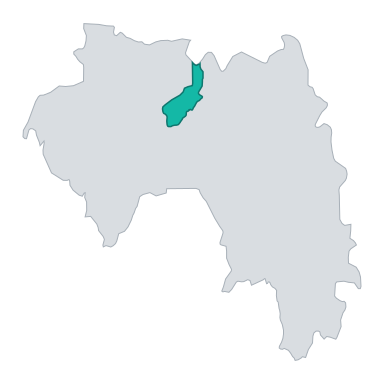 Guinea, with Tougué highlighted
{"feature_id": "GIN-5658", "entity_name": "Tougué", "entity_type": "Prefecture", "adm_level": 1, "iso_a3": "GIN", "parent_name": "Guinea", "parent_adm1": "", "projection": "equal_earth", "projection_center": [-11.475, 11.52], "detail": "fine", "context": "in_parent", "style": "filled", "palette": "teal", "viewbox_px": 384, "rotation_deg": 0, "n_neighbors": 0, "source": "natural_earth", "source_scale": "10m", "svg_char_len": 4814}
<svg xmlns="http://www.w3.org/2000/svg" viewBox="0 0 384 384"><path d="M241.5,281.8L237.9,281.2L236.3,282.1L231.7,289.4L228.9,292.3L224.5,291.4L222.9,291.9L221.8,291.1L223.4,287.0L225.6,279.0L231.3,271.0L231.5,269.3L229.1,264.6L226.6,258.2L226.6,251.3L226.1,246.3L221.1,244.9L220.1,244.1L220.0,242.4L222.8,233.8L223.1,232.1L222.7,230.6L219.6,226.2L214.7,218.1L206.3,201.4L203.2,197.9L200.2,192.8L199.1,189.6L196.0,188.4L166.7,188.7L166.2,193.0L156.1,195.9L149.9,192.6L143.0,194.5L139.7,196.7L137.1,206.4L135.6,208.5L134.1,212.9L132.8,215.3L131.3,220.1L128.0,226.9L124.5,231.3L118.7,233.7L116.8,240.9L115.5,243.6L113.2,245.7L110.8,247.0L106.0,245.6L103.3,246.9L102.9,245.1L104.4,239.4L103.2,236.5L98.6,230.6L98.2,227.7L96.8,224.0L90.7,216.4L85.1,216.9L86.7,210.5L86.6,202.0L84.7,197.4L85.2,192.7L84.2,193.0L82.3,196.2L79.2,195.2L73.1,190.2L70.0,185.3L69.7,181.1L69.0,179.5L67.1,180.4L63.2,180.3L51.5,172.9L43.2,154.3L43.0,150.1L44.2,142.9L44.0,141.0L40.1,145.7L39.4,142.5L36.5,135.1L35.7,130.8L32.9,128.9L30.6,128.6L28.9,130.0L26.5,138.7L24.8,138.6L23.0,136.8L23.4,130.3L28.0,122.1L35.6,101.6L38.3,96.9L40.1,95.3L43.6,95.1L50.6,92.3L59.2,86.0L65.7,86.5L73.5,85.7L83.5,81.3L83.7,67.5L83.4,64.5L79.8,61.7L77.7,59.3L75.9,56.3L73.8,54.1L73.8,51.8L78.3,48.9L82.4,48.9L83.8,47.8L84.8,45.8L86.0,40.9L86.4,35.6L83.7,28.6L83.9,23.6L98.6,24.4L106.7,25.8L113.4,26.1L114.4,27.3L113.5,32.1L114.3,34.9L116.6,35.7L120.3,32.3L122.2,33.1L126.4,37.3L130.2,38.4L134.4,40.7L138.4,42.0L141.9,41.8L144.5,44.2L149.5,44.9L155.8,41.9L160.8,40.6L167.8,40.3L171.5,41.3L182.2,38.9L190.6,40.2L189.3,41.8L185.5,52.8L185.9,54.8L194.5,64.1L196.5,64.8L198.8,63.5L202.5,59.2L205.4,54.6L208.2,52.3L211.5,52.4L214.1,55.7L220.2,69.5L221.7,71.3L223.2,71.2L225.8,68.7L227.2,65.6L232.8,56.5L241.5,52.0L262.3,62.4L265.3,63.2L267.1,62.4L269.7,56.3L277.5,51.0L281.2,49.5L283.4,49.4L284.2,47.7L284.6,45.2L284.2,42.6L281.7,37.9L281.6,36.5L283.0,35.6L286.0,34.9L289.9,35.4L294.2,37.4L297.7,40.3L299.8,43.8L303.7,58.4L308.1,69.8L308.0,85.1L309.9,86.7L312.1,87.3L313.1,88.6L315.2,94.9L317.2,96.7L319.6,97.2L324.1,101.2L327.0,102.8L327.4,104.0L327.3,105.7L326.2,107.8L321.9,112.1L319.7,115.7L315.3,124.4L315.2,126.0L316.2,127.2L318.0,127.4L319.9,126.8L324.0,123.6L327.2,124.7L330.3,127.2L331.4,129.7L331.7,133.0L331.1,137.2L331.0,142.0L332.0,150.1L333.7,158.3L335.3,161.2L345.6,168.4L346.6,171.1L347.1,174.1L346.4,178.2L345.3,180.5L339.7,186.9L338.9,189.9L339.3,195.5L339.8,219.4L342.0,223.4L344.7,225.4L350.9,224.3L350.7,230.9L349.9,238.3L353.5,240.6L355.4,242.9L356.4,245.0L350.7,248.9L349.0,251.2L348.3,257.4L348.5,263.2L356.2,267.2L359.1,272.0L360.5,277.0L361.0,286.4L360.3,288.6L358.3,288.6L354.4,282.9L348.5,282.3L344.0,281.2L336.7,281.9L335.4,283.6L334.6,296.1L336.4,298.2L339.9,300.6L342.2,301.6L344.1,301.3L345.6,302.8L345.9,307.0L344.9,310.0L343.0,312.8L340.6,320.0L341.1,326.6L337.0,337.2L335.8,339.2L330.3,337.2L326.7,336.5L324.1,339.1L320.5,335.0L319.8,331.8L318.5,331.1L316.1,331.1L313.9,332.9L312.9,336.2L312.5,343.0L308.4,349.5L305.6,357.5L302.3,356.7L301.6,357.7L298.1,359.8L295.1,360.4L294.3,358.2L292.6,356.5L290.6,353.1L288.4,350.3L284.2,348.4L282.5,349.3L280.5,349.0L279.2,348.0L279.4,346.3L281.6,342.1L282.9,338.3L283.5,334.1L283.5,330.1L282.3,324.5L280.4,320.1L279.9,317.5L280.2,313.8L279.7,310.4L279.1,308.6L278.2,302.1L277.1,300.9L276.4,295.7L276.6,290.4L275.0,288.4L272.4,286.9L270.8,284.8L269.9,282.5L269.0,281.8L268.2,282.0L267.5,283.4L266.6,283.7L265.1,278.7L264.5,278.6L263.4,279.7L251.5,285.2L250.0,280.5L247.7,279.7L243.8,281.6L241.5,281.8Z" fill="#d9dde1" stroke="#a8b0b8" stroke-width="1"/><path d="M192.4,62.6L193.1,63.4L194.0,64.2L195.0,64.9L195.9,65.3L196.8,65.3L198.2,64.5L199.0,64.4L199.7,64.2L200.0,63.8L200.1,66.8L200.8,69.0L203.0,71.8L203.0,75.5L203.0,78.1L202.4,79.5L202.4,81.6L202.3,83.4L202.1,86.1L198.6,92.0L198.5,92.6L198.5,93.1L198.5,93.4L198.7,93.7L198.8,93.9L199.1,94.3L199.5,94.7L202.2,96.4L202.4,96.9L202.1,97.8L201.8,98.2L201.2,98.5L200.6,99.1L200.0,99.7L199.8,100.1L199.5,100.4L197.9,101.2L197.4,101.5L197.0,101.9L196.3,102.9L194.4,106.5L193.5,107.5L192.7,109.4L192.2,110.0L191.5,110.0L190.9,109.6L190.3,109.4L189.7,110.0L189.2,109.7L188.9,109.9L188.7,110.5L188.5,110.9L188.1,111.1L187.8,111.3L187.4,111.3L186.8,111.5L186.5,112.0L186.3,112.7L186.2,114.9L185.9,115.6L185.4,116.2L182.5,118.3L182.3,119.2L180.3,122.0L180.2,122.3L178.9,124.0L178.1,124.7L176.6,125.1L174.6,125.2L172.5,125.7L171.3,126.4L170.8,126.6L168.8,126.6L168.3,126.5L167.8,126.2L167.4,125.5L167.1,124.5L166.9,122.4L166.8,121.1L166.9,119.7L167.1,117.8L167.1,116.8L166.8,115.9L166.0,114.8L165.3,114.2L164.7,113.8L164.2,113.6L163.7,113.3L163.3,112.6L162.9,111.4L162.5,108.9L162.9,106.9L165.2,104.8L171.8,99.8L179.9,95.2L183.2,91.9L184.5,88.2L188.0,86.7L192.3,85.6L192.7,83.2L192.4,62.6Z" fill="#14b8a6" stroke="#0f766e" stroke-width="1.5"/></svg>